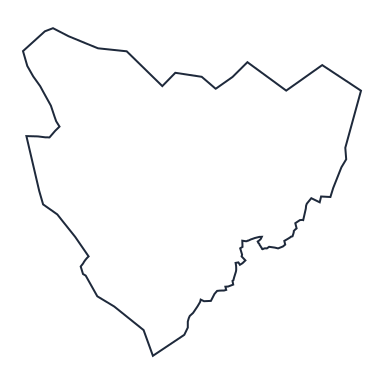 Ilesha West, Osun, Nigeria (Equal Earth projection)
{"feature_id": "59680162B98234428566305", "entity_name": "Ilesha West", "entity_type": "district", "adm_level": 2, "iso_a3": "NGA", "parent_name": "Nigeria", "parent_adm1": "Osun", "projection": "equal_earth", "projection_center": [4.729, 7.638], "detail": "fine", "context": "isolated", "style": "outline", "palette": "slate", "viewbox_px": 384, "rotation_deg": 0, "n_neighbors": 0, "source": "geoboundaries", "source_scale": "gbopen_adm2", "svg_char_len": 1761}
<svg xmlns="http://www.w3.org/2000/svg" viewBox="0 0 384 384"><path d="M44.9,31.3L23.0,51.1L27.3,66.0L33.2,76.4L40.2,86.2L43.5,92.3L50.9,105.7L54.6,116.8L56.2,121.3L59.5,126.6L55.3,130.7L54.5,131.6L49.5,137.4L45.1,137.3L37.9,136.4L26.4,136.1L39.2,190.9L43.1,204.4L55.3,213.0L57.3,214.4L62.5,221.0L75.2,236.9L88.6,256.4L86.9,258.1L85.4,259.9L84.1,261.7L83.0,263.6L80.7,266.5L83.0,274.0L85.7,275.6L97.3,296.3L114.2,306.5L143.6,330.1L152.9,355.8L184.3,334.8L187.8,327.6L187.8,321.6L188.8,318.1L189.8,315.9L193.1,312.9L197.5,306.4L200.1,302.0L200.7,299.6L204.0,301.2L210.9,300.9L214.5,293.9L217.1,290.9L219.9,290.6L224.1,290.5L226.2,289.9L225.4,286.7L228.2,286.5L233.2,284.6L232.5,280.9L233.4,280.2L234.1,277.5L235.9,271.7L236.2,270.0L236.2,268.0L236.1,265.8L235.6,262.9L238.4,262.4L239.9,264.8L242.5,263.2L245.4,260.4L241.6,256.4L242.1,254.7L240.2,248.3L242.5,246.9L242.3,240.7L245.5,241.2L246.8,241.2L247.5,240.7L248.2,240.7L249.2,240.2L250.9,239.4L252.1,239.0L254.9,238.0L256.9,237.5L259.4,236.9L261.8,236.8L260.8,238.9L259.2,240.5L257.7,241.5L258.4,243.0L259.2,243.7L259.7,245.0L260.5,246.1L260.9,246.9L261.6,247.7L261.9,248.8L262.7,249.2L263.6,248.7L264.9,248.3L266.9,248.4L269.1,246.8L274.8,247.6L278.1,248.4L282.9,246.5L285.2,244.6L284.3,240.9L287.4,239.1L290.5,237.2L290.7,236.8L292.5,236.3L293.3,233.9L293.8,232.0L293.8,231.0L295.1,229.6L296.6,228.4L295.3,223.2L299.9,220.1L302.4,219.9L303.2,220.1L305.8,208.7L306.1,205.7L306.8,203.7L311.3,198.2L319.7,202.3L321.1,196.5L330.4,197.0L333.2,188.0L341.4,167.3L346.2,159.3L345.3,147.8L361.0,90.7L322.2,65.1L286.2,90.6L247.4,62.2L232.6,76.9L216.1,88.5L215.6,88.7L201.7,76.8L175.3,72.8L162.3,86.1L126.7,51.3L98.0,48.3L85.7,43.3L68.5,36.2L53.0,28.2L44.9,31.3Z" fill="none" stroke="#1e293b" stroke-width="2"/></svg>